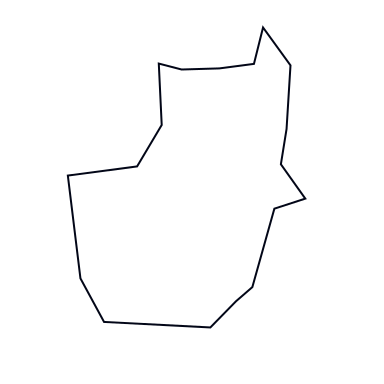 Marikina, Natural Earth projection, rotated 162°
{"feature_id": "PHL-5550", "entity_name": "Marikina", "entity_type": "Highly Urbanized City", "adm_level": 1, "iso_a3": "PHL", "parent_name": "Philippines", "parent_adm1": "", "projection": "natural_earth1", "projection_center": [121.115, 14.636], "detail": "fine", "context": "isolated", "style": "outline", "palette": "ink", "viewbox_px": 384, "rotation_deg": 162, "n_neighbors": 0, "source": "natural_earth", "source_scale": "10m", "svg_char_len": 383}
<svg xmlns="http://www.w3.org/2000/svg" viewBox="0 0 384 384"><g transform="rotate(162 192 192)"><path d="M216.4,57.5L315.8,95.6L324.8,144.3L305.0,246.0L236.3,233.3L200.1,265.1L183.9,324.4L164.0,311.7L127.8,301.1L93.5,294.7L73.6,326.5L59.2,282.0L82.6,222.7L98.9,190.9L86.3,150.7L118.8,150.7L164.0,82.9L183.9,74.5L216.4,57.5Z" fill="none" stroke="#020617" stroke-width="2"/></g></svg>